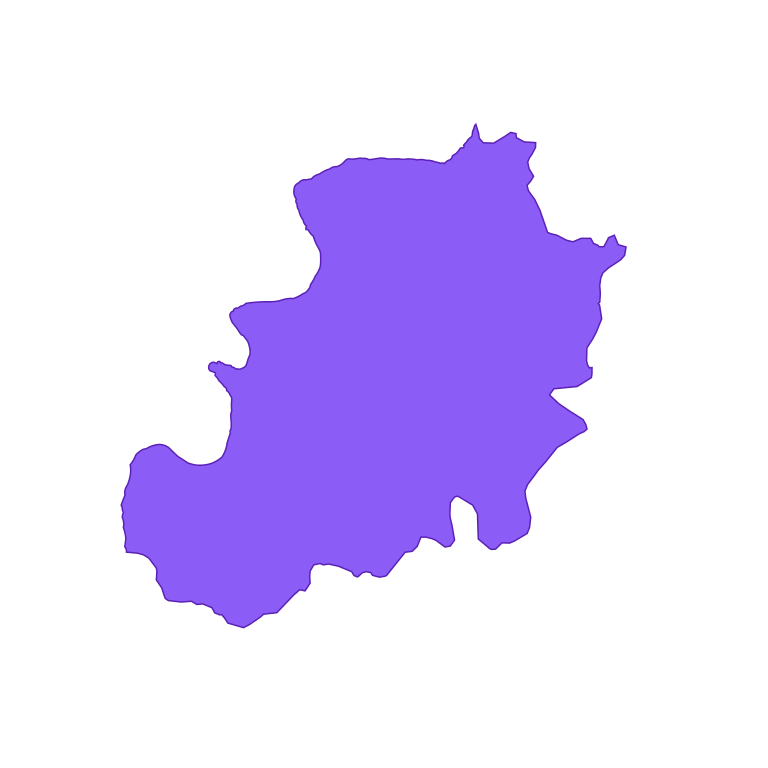 Aga, Ad Daqahliyah, Egypt (orthographic projection), rotated 22°
{"feature_id": "37247803B31879405836913", "entity_name": "Aga", "entity_type": "district", "adm_level": 2, "iso_a3": "EGY", "parent_name": "Egypt", "parent_adm1": "Ad Daqahliyah", "projection": "orthographic", "projection_center": [31.261, 30.895], "detail": "fine", "context": "isolated", "style": "filled", "palette": "violet", "viewbox_px": 768, "rotation_deg": 22, "n_neighbors": 0, "source": "geoboundaries", "source_scale": "gbopen_adm2", "svg_char_len": 6170}
<svg xmlns="http://www.w3.org/2000/svg" viewBox="0 0 768 768"><g transform="rotate(22 384 384)"><path d="M570.7,290.8L568.5,292.1L565.8,290.3L563.1,286.6L558.7,274.8L558.7,273.9L560.5,264.8L561.4,256.6L561.4,242.0L554.3,230.1L552.5,229.1L553.4,227.3L550.7,219.1L547.1,211.8L545.3,204.5L545.3,199.0L548.9,191.8L553.4,185.4L557.0,180.0L558.9,174.5L557.1,166.3L549.0,167.1L541.8,159.8L537.3,164.3L537.3,166.2L536.4,174.3L534.6,175.2L531.9,176.1L530.1,175.2L525.6,175.2L521.1,171.5L512.2,175.1L505.9,181.4L499.6,182.3L488.8,181.3L481.6,182.2L478.9,182.2L463.7,164.7L454.7,156.5L445.7,150.9L442.2,146.3L444.0,140.9L444.9,135.4L437.7,129.9L434.1,124.4L434.1,119.9L435.0,116.2L435.9,108.0L434.2,103.4L423.4,107.0L414.4,106.0L412.6,102.4L407.2,103.3L403.6,108.7L395.5,119.6L385.6,123.2L380.2,120.4L377.6,115.8L377.2,115.4L371.9,108.8L371.4,110.1L371.3,111.2L371.4,112.3L371.6,113.3L371.5,115.8L371.8,117.6L372.5,119.9L372.6,121.3L372.2,122.6L371.3,123.9L370.7,125.2L370.2,126.7L369.9,128.6L369.0,130.9L368.3,132.9L368.9,133.3L369.2,133.7L369.4,134.4L369.3,134.9L368.9,135.5L367.7,135.8L366.4,136.7L365.7,140.1L364.5,143.3L362.0,146.7L362.2,148.6L362.0,149.6L361.6,150.6L361.2,151.4L359.9,152.5L358.9,153.8L358.1,155.3L357.6,156.9L356.5,156.9L355.6,157.1L354.6,157.6L353.9,158.2L351.4,158.3L348.7,158.9L345.7,159.0L342.5,159.6L338.9,160.9L337.1,161.1L335.0,161.7L333.0,162.5L331.1,163.7L328.0,164.3L324.7,165.3L321.5,166.5L317.8,168.5L312.8,169.9L303.5,173.9L299.9,174.5L296.8,175.5L294.5,176.7L290.3,179.3L286.1,181.6L284.2,181.5L282.5,181.8L280.7,182.3L279.1,183.1L278.2,183.2L277.4,183.4L272.4,186.4L269.6,187.7L267.1,188.4L265.8,189.2L264.7,190.7L263.9,192.9L262.9,195.1L262.0,196.7L260.9,198.1L259.1,200.0L257.0,200.9L255.3,202.1L254.1,203.4L253.1,205.0L251.1,206.6L249.1,208.7L247.2,211.0L245.8,213.2L243.7,214.9L241.9,216.9L240.8,218.7L239.8,221.1L237.5,222.4L235.8,223.7L234.5,224.1L233.1,224.7L231.9,225.6L231.1,226.5L230.2,227.8L229.6,229.5L228.5,230.7L227.8,231.9L227.3,233.6L227.2,235.0L227.4,236.1L228.2,239.1L228.8,240.4L229.5,241.7L230.4,242.8L231.4,243.9L233.4,245.4L233.6,247.1L234.3,248.4L235.2,249.3L236.0,249.8L236.7,251.4L237.6,252.8L238.8,254.0L240.0,254.8L241.1,256.5L242.9,258.6L245.4,260.8L247.6,262.3L248.8,264.0L250.0,265.1L251.4,266.0L253.1,266.7L253.0,267.7L253.1,268.6L253.8,270.0L256.1,269.5L257.4,270.6L259.2,271.8L261.1,272.8L263.0,273.4L265.4,276.2L268.2,279.1L274.2,284.1L275.5,285.6L276.3,286.9L278.1,290.9L279.7,294.9L280.7,298.2L281.0,300.5L281.0,302.5L280.8,305.2L280.5,307.2L279.9,309.4L279.8,312.0L279.5,314.7L278.7,319.2L279.0,321.4L279.0,322.7L278.7,323.9L278.2,325.4L277.8,327.1L276.9,328.7L276.2,329.6L275.3,330.3L273.6,332.7L272.0,334.7L270.2,336.6L268.0,338.7L264.7,339.9L262.1,341.3L259.7,342.9L255.3,346.4L251.8,348.5L248.8,349.9L241.3,353.0L236.5,355.2L230.6,358.2L225.7,361.0L225.2,362.3L224.6,363.2L223.5,364.4L222.1,365.4L219.9,368.5L218.6,368.9L217.4,370.0L217.0,370.7L216.8,371.5L216.9,373.0L216.1,373.7L215.6,374.4L215.2,375.5L215.1,376.4L215.2,377.6L215.7,378.8L217.4,380.9L219.5,383.1L220.5,383.9L226.5,387.3L232.1,391.2L233.4,391.8L234.8,391.8L236.3,392.2L237.6,393.1L240.1,394.5L241.9,395.8L243.8,397.8L246.3,401.4L247.5,403.6L248.4,406.0L248.7,406.8L248.6,410.8L248.8,413.6L249.2,417.0L249.1,418.4L248.7,419.8L248.0,421.1L245.4,423.8L244.1,424.6L243.3,424.8L242.4,424.8L241.7,425.4L240.9,425.6L240.1,425.4L239.1,425.0L238.5,424.9L237.6,425.0L236.9,425.4L235.2,424.2L229.1,425.8L228.2,425.4L227.3,425.2L226.1,425.1L224.7,425.4L224.3,425.0L223.7,424.8L222.6,424.8L221.9,425.2L221.4,426.0L221.3,426.8L221.5,427.6L218.2,427.6L217.2,428.0L216.0,428.9L215.4,429.9L215.0,430.7L214.8,432.2L214.9,433.1L215.1,434.0L215.6,435.1L216.2,435.9L217.2,436.6L217.6,436.9L223.1,436.7L223.9,437.9L224.2,439.4L227.2,440.8L229.8,442.8L233.2,444.2L237.3,446.5L238.0,446.5L239.0,446.9L239.9,447.7L240.2,448.3L240.5,449.0L242.4,449.6L243.9,450.5L245.6,452.0L247.0,453.0L248.2,454.4L248.5,454.9L249.6,458.5L250.7,461.4L252.9,466.1L253.1,468.6L253.8,470.9L256.9,477.2L258.1,480.1L259.1,483.0L258.8,483.7L258.8,484.7L259.1,485.9L259.8,486.7L260.6,497.1L261.2,499.8L261.7,503.1L261.8,507.2L261.4,511.3L261.2,512.5L258.9,516.3L256.9,519.0L254.1,522.0L251.3,524.2L248.3,526.1L245.2,527.7L241.9,529.0L239.6,529.7L237.0,530.2L232.1,530.7L219.7,528.3L207.9,523.5L204.5,523.1L201.2,523.4L198.6,524.1L196.7,525.1L194.1,526.7L191.9,528.5L189.8,530.6L187.8,533.0L185.0,534.9L183.0,537.6L181.3,540.6L180.5,542.7L180.5,545.4L180.2,548.4L179.7,551.4L178.9,553.9L180.6,556.9L181.8,559.7L182.7,562.6L183.4,566.0L183.7,568.6L183.9,572.0L183.9,573.7L183.5,576.4L183.5,578.4L183.7,579.8L184.1,581.3L184.7,582.6L185.5,584.1L185.5,589.3L185.7,594.6L186.0,595.1L186.4,595.6L187.4,596.1L187.9,597.5L188.5,598.6L189.3,599.6L190.5,600.8L190.6,603.2L190.9,604.5L191.3,605.7L192.8,607.3L194.3,609.6L195.5,612.1L196.1,614.7L197.9,616.8L199.5,618.9L200.9,621.1L202.4,623.7L203.7,628.3L204.6,632.0L205.7,632.7L206.7,633.7L207.6,634.9L208.2,636.4L218.7,633.2L224.8,632.5L231.1,633.5L241.8,639.9L243.6,642.7L246.3,650.9L254.4,656.4L258.9,661.9L261.5,664.7L265.1,665.6L277.7,662.1L286.8,657.6L293.0,658.5L298.4,655.8L308.3,655.9L312.8,659.6L318.1,659.6L319.9,658.7L323.5,660.5L328.9,664.2L345.1,662.5L349.6,657.1L356.8,646.2L358.6,642.5L370.3,636.2L379.3,613.5L382.9,606.3L388.3,605.4L390.1,596.3L387.4,590.8L385.6,585.3L386.6,578.0L392.0,574.4L395.5,574.4L400.0,571.7L409.9,570.0L424.3,570.1L427.9,572.8L431.5,572.9L432.4,571.9L434.6,567.1L437.8,564.7L442.3,563.8L445.0,565.7L452.1,564.8L456.6,562.1L458.1,560.6L466.6,532.1L472.9,528.5L475.6,522.1L475.6,512.1L480.1,510.3L486.4,509.4L490.9,509.5L501.6,512.3L506.2,509.4L507.9,502.3L499.9,489.5L495.4,483.1L493.6,479.4L490.0,469.3L491.0,464.8L491.9,462.1L494.6,460.3L511.6,463.1L519.3,469.4L529.5,492.4L543.9,497.1L545.7,497.1L549.3,495.3L552.9,487.1L560.1,484.4L563.7,480.8L572.7,469.0L572.7,462.6L570.0,452.6L558.4,437.0L554.8,430.6L554.8,423.3L557.5,413.3L559.3,406.0L562.9,396.0L568.4,377.8L574.7,369.7L583.7,357.0L587.3,353.3L589.1,349.7L586.4,346.1L581.9,342.4L565.7,339.5L553.2,336.7L541.5,332.1L543.3,324.8L564.0,314.0L573.9,300.4L573.0,296.7L570.7,290.8Z" fill="#8b5cf6" stroke="#5b21b6" stroke-width="1.5"/></g></svg>